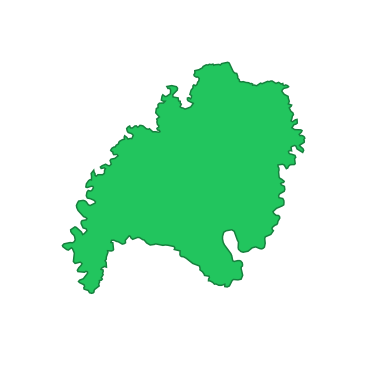 Pinhão, Paraná, Brazil (Mercator projection), rotated 307°
{"feature_id": "56859067B8399558053626", "entity_name": "Pinhão", "entity_type": "district", "adm_level": 2, "iso_a3": "BRA", "parent_name": "Brazil", "parent_adm1": "Paraná", "projection": "mercator", "projection_center": [-51.658, -25.801], "detail": "fine", "context": "isolated", "style": "filled", "palette": "green", "viewbox_px": 384, "rotation_deg": 307, "n_neighbors": 0, "source": "geoboundaries", "source_scale": "gbopen_adm2", "svg_char_len": 6095}
<svg xmlns="http://www.w3.org/2000/svg" viewBox="0 0 384 384"><g transform="rotate(307 192 192)"><path d="M210.1,280.3L210.3,278.9L211.0,277.8L212.2,277.5L215.3,278.2L217.1,279.3L218.7,279.1L220.1,278.3L224.0,277.8L225.0,276.8L225.3,275.3L223.9,273.0L224.2,270.1L225.0,268.5L229.8,269.3L235.0,272.3L237.0,273.0L239.2,271.6L240.5,270.4L241.4,268.4L239.8,264.9L241.2,263.4L243.2,263.1L248.0,265.2L249.9,264.6L252.1,262.4L251.5,259.0L252.1,257.7L253.4,258.2L254.7,259.4L256.0,259.2L256.2,255.7L255.8,254.3L256.3,252.6L260.2,249.0L261.9,248.3L263.4,247.0L264.1,245.4L265.4,244.4L268.6,247.6L269.0,249.5L267.4,253.3L268.7,254.0L270.5,253.6L272.1,253.8L273.2,254.3L275.4,257.1L276.7,257.4L280.3,253.9L282.1,254.0L283.2,252.2L282.1,248.7L281.4,247.6L281.4,245.9L282.5,244.6L284.0,245.2L284.8,246.8L287.3,244.2L288.5,244.4L290.9,245.9L291.2,247.4L289.6,250.0L290.2,256.6L292.5,256.1L293.4,254.5L293.6,251.0L294.0,249.7L299.1,251.7L300.4,251.0L301.1,249.7L302.7,249.8L303.5,248.7L303.6,247.0L303.2,245.6L302.0,244.4L302.5,242.9L305.9,243.3L307.3,242.9L307.1,241.5L303.6,236.4L303.4,233.1L307.1,232.9L308.7,234.1L310.4,234.6L313.2,232.2L311.9,231.1L308.6,230.0L308.4,228.2L310.5,227.7L313.0,226.5L314.8,226.5L315.9,225.0L316.0,222.3L317.7,219.0L320.1,219.6L321.4,219.3L320.3,215.9L323.0,215.1L324.9,212.4L326.2,211.2L325.5,206.9L326.5,203.1L327.9,202.7L329.9,202.9L333.0,205.4L334.2,205.8L334.5,204.4L333.9,202.4L332.6,201.7L332.2,200.4L333.3,199.2L331.9,198.2L331.7,195.2L329.2,193.6L328.9,189.3L328.1,188.2L326.5,187.2L325.9,185.8L320.7,182.8L320.2,181.2L315.8,179.7L314.8,177.2L313.8,176.1L314.7,175.4L314.4,174.1L313.5,173.2L313.4,171.5L311.9,169.1L311.0,166.5L309.5,165.0L308.9,163.4L310.0,162.3L310.6,159.9L312.0,158.8L313.6,156.4L312.7,154.4L313.0,152.4L317.4,144.1L317.1,142.5L312.4,138.4L310.4,138.2L310.1,136.7L307.4,133.7L306.3,133.1L306.8,131.8L305.3,130.7L304.5,129.0L303.1,128.4L302.1,126.8L298.9,125.3L297.6,125.6L293.8,123.9L290.6,121.2L288.8,122.7L286.7,123.0L286.1,124.1L286.3,126.3L287.3,127.2L287.0,129.5L284.6,130.6L283.2,130.4L280.8,131.3L278.9,130.7L278.7,129.0L277.3,128.9L275.8,130.1L272.8,130.0L268.6,131.6L268.7,133.6L267.0,134.7L265.5,134.9L265.5,132.7L264.3,131.8L263.0,132.7L262.5,134.0L263.6,139.7L259.2,139.8L255.9,137.8L254.0,136.5L253.7,134.4L252.9,132.7L252.9,131.2L255.7,130.6L255.9,129.1L257.4,128.0L256.7,126.5L258.8,124.3L256.5,119.7L258.1,118.1L264.6,118.9L266.2,118.0L266.7,116.1L264.8,111.8L261.1,108.4L260.2,110.5L261.3,111.8L260.5,113.6L257.5,115.6L253.2,114.2L252.0,113.0L252.1,110.2L250.5,110.4L246.9,112.2L247.2,114.4L248.3,115.9L246.0,115.7L243.3,112.5L241.4,112.2L239.0,114.1L237.2,113.3L233.4,115.4L232.3,120.8L229.0,119.9L228.1,121.3L226.8,121.8L225.0,123.9L225.0,125.4L223.8,126.4L221.7,125.7L220.8,127.1L221.6,128.9L220.9,130.1L219.6,129.3L218.0,126.3L216.5,124.5L216.9,119.9L215.8,119.4L215.0,117.4L215.3,113.3L214.8,111.8L213.9,110.3L212.0,110.1L211.0,109.5L211.3,107.7L210.4,106.7L207.3,105.9L206.1,104.3L207.2,102.5L205.6,101.8L203.4,101.6L201.8,103.4L201.1,105.3L202.3,108.6L201.9,111.0L198.4,111.8L197.6,110.4L195.8,109.1L196.4,106.9L196.4,104.4L195.0,104.8L193.5,106.3L191.9,104.9L189.1,103.7L187.8,103.6L186.1,104.3L183.8,103.3L181.9,103.6L180.8,102.5L178.7,101.7L176.4,101.9L176.0,103.2L176.3,104.7L175.3,105.6L174.7,107.0L176.9,109.5L176.4,111.2L172.5,110.2L169.5,107.6L167.9,107.6L165.6,110.8L163.3,110.4L162.6,109.0L162.2,106.3L158.9,104.4L156.8,103.8L156.1,105.3L158.5,107.4L158.5,108.9L156.8,109.0L154.2,110.8L152.0,110.2L149.3,106.5L147.0,106.0L146.9,104.7L148.3,103.5L148.9,101.9L150.3,100.4L146.1,100.3L143.9,102.5L141.1,104.4L140.5,103.2L138.9,102.6L135.1,102.7L132.1,104.2L132.4,105.5L136.2,108.3L136.8,109.6L135.9,110.8L132.9,111.0L131.6,110.3L130.8,108.2L128.7,108.2L125.6,109.7L124.9,110.6L124.2,112.1L125.5,114.9L126.4,118.7L126.1,120.8L124.9,121.3L119.9,118.8L119.4,116.9L120.5,113.5L120.5,111.7L119.8,110.1L116.5,106.9L114.1,107.2L111.7,107.8L110.2,109.3L108.7,112.1L107.1,120.3L107.7,122.2L107.6,124.1L106.1,124.3L103.0,121.4L101.4,121.5L100.0,122.5L97.8,126.7L98.9,129.6L97.9,131.4L93.9,131.0L92.2,130.3L93.5,127.8L94.1,120.8L93.7,119.5L88.8,117.8L87.4,119.1L86.6,121.6L86.5,123.5L85.8,125.0L83.4,127.6L81.2,127.8L79.5,127.1L78.3,125.1L73.6,121.0L71.3,120.7L70.6,121.7L70.6,126.5L71.2,128.2L74.9,129.3L74.8,130.6L72.4,134.8L65.1,139.1L64.6,141.6L68.8,145.0L68.7,147.2L66.9,147.6L63.3,147.2L60.5,147.5L59.8,148.8L63.2,154.4L64.8,155.0L65.3,156.5L64.3,157.5L57.3,157.4L54.0,155.3L52.2,155.2L52.0,156.8L52.9,161.6L51.8,163.1L50.4,163.2L49.5,164.3L50.9,168.4L49.9,170.8L50.7,172.8L52.0,173.8L53.2,173.9L54.4,173.0L55.9,173.0L61.1,174.4L62.5,172.7L64.2,172.5L65.5,171.3L67.1,172.7L68.5,172.8L69.0,171.1L72.5,170.8L73.3,169.4L74.9,169.0L76.2,167.9L75.4,165.9L76.6,165.6L79.8,166.8L80.5,168.9L84.1,165.8L84.8,163.9L86.7,164.0L88.5,162.7L93.2,161.2L94.3,159.9L96.4,163.1L97.7,164.0L98.8,164.0L103.8,159.3L102.9,157.6L105.0,156.8L106.5,158.5L107.1,161.5L107.9,163.0L108.4,167.6L109.7,168.8L111.4,169.5L113.3,167.8L119.2,168.2L119.4,169.5L118.6,170.8L118.5,173.1L123.0,175.9L124.0,177.5L124.3,181.3L124.9,182.7L124.0,186.4L124.5,190.5L127.5,193.5L128.7,194.2L131.9,200.9L133.6,202.5L134.9,204.6L137.6,210.4L137.0,212.0L135.4,212.4L137.8,217.9L134.8,220.0L134.1,221.1L134.1,222.4L135.2,224.3L135.6,227.2L135.4,235.6L137.4,242.5L135.9,244.4L134.6,245.2L134.6,248.4L133.7,251.1L132.9,252.2L135.0,256.3L134.1,257.4L132.5,257.6L131.0,258.6L131.9,260.0L132.3,263.1L131.9,265.4L133.0,266.5L133.6,269.5L135.2,271.7L138.1,273.7L136.2,275.1L137.4,277.3L139.5,278.4L145.6,277.3L147.1,277.8L149.5,281.6L151.9,283.7L156.0,282.6L160.5,277.2L161.8,276.5L163.3,276.8L164.4,276.1L165.7,274.7L166.2,272.5L165.8,271.2L164.6,269.7L161.9,267.5L161.6,265.9L165.0,262.1L166.2,260.0L169.2,249.9L170.5,247.3L172.9,244.6L175.0,243.1L179.0,241.6L181.6,242.6L185.8,246.5L186.0,249.4L180.8,257.3L180.0,259.2L175.3,262.4L174.2,263.7L173.9,266.9L174.7,269.1L178.4,272.4L183.7,273.7L186.5,275.9L187.7,280.5L188.6,282.0L189.9,282.7L191.6,283.0L195.1,281.3L198.6,278.1L200.3,277.5L205.6,280.5L210.1,280.3Z" fill="#22c55e" stroke="#15803d" stroke-width="1.5"/></g></svg>